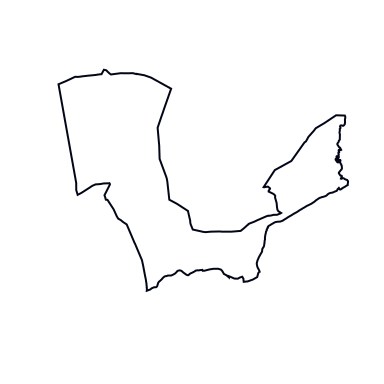 Marquelia, Guerrero, Mexico, rotated 281°
{"feature_id": "50627088B62824552173050", "entity_name": "Marquelia", "entity_type": "district", "adm_level": 2, "iso_a3": "MEX", "parent_name": "Mexico", "parent_adm1": "Guerrero", "projection": "mercator", "projection_center": [-98.747, 16.624], "detail": "fine", "context": "isolated", "style": "outline", "palette": "ink", "viewbox_px": 384, "rotation_deg": 281, "n_neighbors": 0, "source": "geoboundaries", "source_scale": "gbopen_adm2", "svg_char_len": 6081}
<svg xmlns="http://www.w3.org/2000/svg" viewBox="0 0 384 384"><g transform="rotate(281 192 192)"><path d="M277.0,47.4L272.3,40.4L178.8,76.6L171.8,78.0L167.4,80.3L170.1,83.7L176.6,90.5L178.9,92.8L179.3,93.3L180.5,95.1L181.0,95.7L182.3,100.5L183.5,103.5L184.1,106.2L184.4,107.3L184.6,108.5L184.9,109.3L184.3,109.8L183.7,110.0L172.1,106.7L170.1,107.9L168.5,108.6L168.0,108.9L168.2,110.4L168.1,110.6L160.0,118.4L153.8,122.8L151.8,124.6L150.8,127.5L149.5,129.8L147.7,134.1L130.8,145.5L130.7,145.7L115.5,155.9L110.6,158.0L100.8,161.9L97.0,163.5L96.0,163.8L93.0,164.9L92.0,165.1L90.9,165.5L89.9,165.7L89.9,165.8L86.8,166.5L86.5,166.5L88.4,169.7L89.8,170.8L90.5,171.9L91.1,172.7L91.4,173.5L91.6,174.7L92.1,175.3L92.5,175.6L93.1,175.8L96.1,176.1L97.3,176.5L98.0,177.0L98.9,177.8L100.8,179.1L101.8,179.6L102.8,180.3L103.6,181.0L104.0,181.5L104.3,182.0L104.6,182.8L104.9,183.5L105.3,184.1L105.5,184.6L105.9,186.8L106.2,187.8L107.2,189.1L108.0,190.1L108.9,191.1L109.6,191.5L110.4,192.1L111.3,192.5L111.7,192.9L112.1,193.4L112.4,194.0L112.7,194.7L112.7,196.0L112.5,196.9L112.0,197.6L111.6,198.4L111.2,199.0L110.8,200.0L109.8,202.1L109.6,202.8L109.5,203.6L109.6,204.2L110.1,204.7L111.1,205.3L112.2,206.6L113.0,207.8L114.7,209.9L115.4,210.4L115.8,211.3L116.2,212.4L116.3,213.4L116.8,214.7L117.5,216.9L117.2,217.0L116.7,217.5L117.1,219.2L119.4,224.1L120.7,227.7L121.6,232.1L121.4,235.1L120.2,236.8L117.7,238.9L116.8,241.8L115.3,244.4L116.4,244.1L116.1,245.7L115.1,250.3L115.7,253.6L117.1,255.2L118.4,257.5L116.7,259.0L113.7,259.9L114.9,263.8L117.8,268.6L120.9,272.2L125.3,272.6L126.3,273.2L126.6,273.6L127.1,273.3L127.7,273.0L128.2,272.6L129.3,271.8L129.7,271.4L130.2,271.0L131.1,270.4L133.2,269.5L134.1,269.2L135.1,269.2L136.9,269.3L137.7,269.4L138.7,269.7L140.5,270.0L142.6,270.7L143.5,271.0L144.5,271.3L145.5,271.7L146.4,272.0L147.4,272.1L149.3,271.9L149.9,272.0L151.8,272.8L152.8,273.0L156.5,272.8L157.5,272.7L158.3,272.6L159.0,272.7L159.4,272.7L159.8,272.6L160.6,272.4L161.3,272.3L163.1,272.2L164.7,272.2L165.8,272.3L167.0,272.2L167.5,272.3L168.3,272.6L168.8,272.7L169.1,272.7L169.5,272.5L170.3,272.8L170.8,273.1L171.7,273.3L171.8,273.4L172.1,273.4L172.3,273.3L172.3,273.2L172.9,273.4L173.4,273.8L173.8,274.3L174.1,274.7L175.2,275.8L177.8,278.8L178.3,279.5L178.6,280.2L179.1,281.5L179.4,282.7L179.8,284.2L180.2,285.0L180.6,285.6L181.0,286.2L181.5,286.9L182.0,287.2L182.3,287.7L182.9,288.2L183.3,288.8L185.7,291.2L186.1,291.7L187.1,292.8L187.9,293.8L190.3,296.3L190.4,296.6L191.3,297.5L191.9,298.4L193.6,300.1L193.9,300.4L194.9,301.4L195.4,301.9L195.8,302.5L197.6,304.4L197.9,304.8L198.3,305.3L199.1,306.1L199.6,306.7L200.2,307.3L201.2,308.7L203.1,311.2L203.6,311.8L204.6,312.7L205.2,313.5L205.6,313.8L206.4,314.5L207.4,315.2L208.9,316.7L210.1,317.9L210.5,318.4L210.8,318.8L211.0,319.3L211.2,319.6L211.5,320.0L211.8,320.5L212.0,321.1L213.3,323.6L214.1,324.6L214.7,325.1L215.4,325.5L216.1,326.1L217.1,327.3L217.6,328.3L218.4,330.4L219.5,331.8L219.8,332.4L220.2,332.9L220.6,333.7L220.9,333.9L221.6,334.2L222.0,334.3L222.3,334.3L222.5,334.4L222.5,334.5L224.0,335.4L223.4,336.0L223.1,336.0L222.9,336.1L222.8,336.4L222.7,336.8L222.8,337.1L222.8,337.4L224.1,338.7L224.3,338.7L226.5,341.3L227.7,342.5L228.6,343.6L229.3,343.4L232.0,343.2L232.4,343.1L232.9,342.5L233.4,342.0L233.5,341.7L233.5,341.2L233.5,340.8L233.8,339.6L234.4,338.3L234.4,337.9L234.4,337.2L234.2,337.0L233.8,336.7L233.5,336.1L233.4,335.9L233.5,335.6L234.1,335.7L235.6,336.2L236.3,336.0L236.5,335.7L236.4,334.7L236.5,334.5L236.9,334.1L237.7,333.3L238.3,332.7L238.6,332.5L239.1,332.5L239.4,332.6L239.9,332.9L241.7,333.8L242.7,334.5L243.8,334.7L246.3,334.0L247.1,333.3L247.7,333.2L248.2,332.4L250.2,331.4L250.7,331.7L251.0,331.8L251.7,331.4L251.7,331.1L251.6,330.3L250.9,329.8L250.3,329.2L249.6,329.9L249.6,330.2L249.2,330.2L248.9,329.8L248.9,329.2L249.4,328.5L251.1,326.8L251.7,326.8L251.7,327.8L252.3,328.4L253.0,328.2L253.1,327.9L253.0,327.5L253.0,327.4L254.3,327.1L254.7,327.2L254.8,327.7L255.1,328.3L254.9,328.4L254.5,328.6L253.4,329.2L253.9,329.4L254.4,329.5L254.7,329.3L255.5,328.8L256.0,328.6L256.4,328.9L256.5,329.0L257.8,328.4L258.4,328.2L258.5,328.2L258.5,328.4L258.5,328.6L259.0,328.9L259.7,328.7L260.7,328.1L261.0,328.0L261.4,328.1L261.7,328.6L261.8,328.8L261.5,329.8L261.5,330.1L261.8,330.4L263.7,328.9L263.8,328.6L264.0,328.2L264.2,327.7L265.4,326.6L265.9,326.0L266.7,325.5L267.0,325.5L267.3,325.5L269.3,326.4L270.3,326.4L271.6,327.1L273.7,326.7L276.8,326.2L278.0,325.6L278.6,325.4L280.8,325.4L282.1,325.0L282.9,325.5L283.3,325.5L284.4,324.9L284.7,324.8L285.2,325.0L285.6,325.1L285.8,325.8L285.9,326.5L285.8,327.2L285.8,327.7L286.3,328.3L287.0,328.7L287.8,329.0L289.2,329.0L292.3,328.3L293.0,328.3L294.0,328.3L294.6,328.2L295.4,328.0L296.2,327.4L294.8,318.8L284.9,308.8L278.2,301.3L275.3,299.9L268.4,295.8L263.4,294.2L262.2,293.0L241.4,283.6L229.3,269.1L210.7,261.5L210.4,261.4L210.4,261.8L210.6,262.3L211.1,263.6L211.7,265.2L211.7,265.5L210.7,267.6L210.4,267.9L210.1,268.0L209.0,267.5L207.5,267.0L207.3,267.1L207.0,267.2L206.9,267.6L206.7,268.5L205.8,271.8L205.4,272.8L205.1,273.3L204.3,274.3L203.9,274.5L202.8,274.5L202.4,274.6L197.7,277.0L196.3,277.5L194.8,277.9L192.8,278.5L191.3,279.1L190.4,279.6L189.9,280.1L189.5,280.7L188.8,282.5L188.4,283.5L187.9,283.0L185.8,279.7L185.1,276.2L184.9,276.0L183.8,273.5L183.2,271.6L183.3,271.5L182.8,270.4L181.7,268.7L176.6,261.3L174.8,258.9L172.8,255.7L171.9,254.3L171.4,253.6L171.0,253.6L169.7,252.4L168.4,251.5L166.2,249.8L163.1,247.2L160.5,238.0L158.8,229.0L158.5,226.5L156.6,217.8L155.2,213.1L155.0,210.7L155.3,199.9L160.3,196.7L161.8,196.1L163.8,195.6L164.8,195.1L172.0,191.9L172.6,191.7L177.5,179.6L180.1,171.2L197.8,165.7L200.3,164.7L202.0,163.8L218.3,153.9L231.1,151.0L248.5,146.0L260.4,147.6L263.0,148.0L264.4,148.2L268.2,148.7L289.4,151.8L296.5,129.9L297.5,122.9L297.4,115.0L297.2,115.0L297.2,113.2L297.4,111.3L297.2,110.7L295.7,103.2L295.0,99.3L291.9,90.0L292.7,88.3L294.2,85.9L295.1,84.7L295.2,82.2L290.4,80.7L289.3,77.1L289.0,76.5L288.2,74.1L286.3,67.6L284.6,62.2L283.9,60.3L283.2,58.0L282.8,55.3L277.0,47.4Z" fill="none" stroke="#020617" stroke-width="2"/></g></svg>